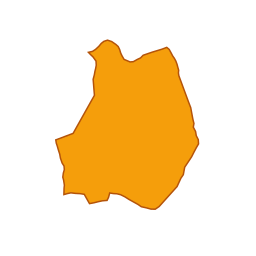 outline of Viradouro, São Paulo, Brazil, rotated 299°
{"feature_id": "56859067B60217010501948", "entity_name": "Viradouro", "entity_type": "district", "adm_level": 2, "iso_a3": "BRA", "parent_name": "Brazil", "parent_adm1": "São Paulo", "projection": "orthographic", "projection_center": [-48.306, -20.88], "detail": "fine", "context": "isolated", "style": "filled", "palette": "amber", "viewbox_px": 256, "rotation_deg": 299, "n_neighbors": 0, "source": "geoboundaries", "source_scale": "gbopen_adm2", "svg_char_len": 1305}
<svg xmlns="http://www.w3.org/2000/svg" viewBox="0 0 256 256"><g transform="rotate(299 128 128)"><path d="M74.4,193.3L100.6,199.3L109.6,198.6L114.0,199.0L121.2,196.6L133.7,197.6L139.0,197.4L143.9,197.3L148.3,197.4L151.9,195.1L154.4,191.4L157.7,188.8L160.4,184.7L163.9,183.5L167.0,180.6L171.7,176.7L176.2,173.0L180.3,168.1L183.4,164.5L198.4,147.1L200.6,145.4L203.1,144.3L205.3,142.1L207.5,140.0L209.8,137.3L211.5,134.6L212.7,132.1L214.5,129.4L216.7,125.9L217.3,122.8L213.4,119.5L210.0,116.2L206.2,112.5L199.0,106.0L195.4,105.0L192.5,102.9L188.6,100.5L186.8,97.8L186.1,91.3L188.2,87.8L190.0,85.3L192.6,82.6L194.5,79.9L195.2,76.9L195.7,71.8L194.9,67.5L192.1,64.9L189.0,63.6L185.3,62.9L181.0,61.5L177.8,59.8L175.0,56.7L174.1,59.5L173.2,63.0L171.0,67.6L167.5,69.8L164.2,70.9L161.6,71.6L158.1,72.8L153.7,73.9L140.3,82.8L96.7,82.6L82.6,70.6L80.0,72.6L78.0,74.8L75.1,77.7L72.1,80.9L68.8,83.6L65.4,87.4L63.7,90.5L60.7,92.5L57.2,93.3L53.4,94.8L51.0,97.1L47.1,100.1L44.3,101.3L38.7,104.2L41.1,106.6L43.6,109.5L45.3,113.7L47.4,118.0L48.8,121.9L45.2,127.7L43.2,131.0L46.1,134.5L49.1,137.7L51.9,140.9L54.5,144.8L57.9,144.6L62.3,143.5L63.5,146.9L65.1,150.2L66.1,154.0L66.3,158.7L66.0,163.6L66.0,173.8L65.6,177.8L67.1,182.9L68.2,187.4L70.2,191.2L74.4,193.3Z" fill="#f59e0b" stroke="#b45309" stroke-width="1.5"/></g></svg>